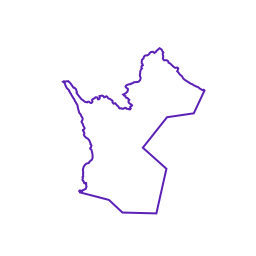 the district of Morobo, Central Equatoria, South Sudan, rotated 133°
{"feature_id": "79223893B16328156709571", "entity_name": "Morobo", "entity_type": "district", "adm_level": 2, "iso_a3": "SSD", "parent_name": "South Sudan", "parent_adm1": "Central Equatoria", "projection": "robinson", "projection_center": [30.83, 3.714], "detail": "fine", "context": "isolated", "style": "outline", "palette": "violet", "viewbox_px": 256, "rotation_deg": 133, "n_neighbors": 0, "source": "geoboundaries", "source_scale": "gbopen_adm2", "svg_char_len": 4709}
<svg xmlns="http://www.w3.org/2000/svg" viewBox="0 0 256 256"><g transform="rotate(133 128 128)"><path d="M48.4,97.6L48.4,98.7L49.5,99.3L49.6,99.9L50.2,102.3L50.2,103.4L50.3,104.8L51.1,106.3L51.5,108.0L52.0,109.2L52.0,110.3L52.9,112.7L53.0,113.9L53.4,115.8L53.9,118.2L54.1,119.8L54.1,121.4L53.4,123.7L53.5,126.0L53.4,127.4L53.0,129.1L53.0,130.7L51.4,131.2L50.1,132.0L50.2,133.2L51.8,134.4L52.0,135.6L52.2,136.7L52.1,138.4L52.1,139.8L52.1,141.5L52.4,142.3L52.6,142.9L51.8,144.1L51.9,145.4L52.5,146.5L53.8,147.6L53.9,148.8L53.3,150.0L52.3,150.5L51.3,151.4L50.8,152.4L50.2,153.1L48.6,153.7L48.5,155.1L47.7,156.9L48.1,159.3L49.4,159.5L50.9,159.5L51.8,159.8L53.4,159.5L55.1,159.9L55.2,161.7L56.8,163.0L58.2,163.3L59.1,163.0L60.3,163.0L61.7,163.4L62.5,164.3L63.7,165.0L65.3,164.9L66.0,164.4L66.6,164.1L68.5,164.3L70.5,163.0L71.4,161.8L71.4,161.0L72.0,159.9L73.3,160.3L74.3,159.8L74.8,159.1L74.9,158.4L76.1,158.4L77.1,158.1L78.3,157.6L79.2,156.8L79.9,156.3L81.3,155.4L82.1,154.3L82.6,153.0L84.2,152.0L85.1,151.8L86.6,151.8L87.5,152.2L88.4,152.8L88.7,153.3L90.7,155.0L91.6,155.0L92.6,155.4L93.1,156.0L94.1,155.9L94.8,156.7L96.2,157.6L97.4,158.1L98.4,158.3L99.5,158.0L99.7,156.6L99.5,155.2L99.6,154.4L100.3,154.0L101.9,153.2L102.9,153.3L104.1,153.4L105.5,153.8L106.8,154.4L106.9,152.9L106.4,151.6L107.1,150.7L107.1,149.9L106.5,149.0L106.5,147.7L106.6,146.2L107.6,146.2L108.1,145.8L108.8,145.2L109.0,144.5L109.0,143.4L108.7,142.2L108.5,141.1L108.8,140.4L109.7,140.4L110.2,140.8L111.1,140.8L111.8,140.1L111.9,139.3L113.0,139.2L113.6,139.8L113.7,140.7L114.4,141.6L114.9,142.1L114.7,143.2L115.2,143.9L116.0,144.2L116.8,144.4L117.5,145.0L118.0,145.4L118.0,146.1L118.5,146.8L119.3,147.3L119.4,148.5L118.9,149.4L118.9,150.3L118.9,151.9L118.7,153.3L118.7,154.4L119.9,154.9L120.1,155.5L119.9,156.8L118.8,157.5L118.7,158.5L118.9,160.0L118.9,160.3L119.4,161.7L119.7,162.6L119.6,163.8L119.3,164.3L119.5,165.4L120.5,165.8L121.4,166.0L121.9,166.5L121.5,167.7L121.8,168.3L122.2,169.4L123.1,169.8L124.1,170.6L124.7,169.7L125.8,168.8L127.0,168.9L127.5,169.6L126.8,170.8L126.7,171.6L127.7,172.7L129.0,172.7L130.1,173.2L130.9,173.5L132.2,173.4L132.7,172.2L133.5,171.8L134.7,171.8L135.3,172.8L135.3,173.7L135.4,174.5L136.3,175.3L137.0,175.3L137.3,175.8L138.1,176.9L138.3,177.8L138.3,179.3L138.6,181.2L138.6,182.7L138.3,184.6L137.9,187.0L137.4,189.6L136.4,190.0L135.9,191.2L135.1,192.5L135.1,193.7L135.1,194.8L135.7,195.2L135.5,196.4L135.1,198.0L134.8,199.2L134.5,200.9L134.5,202.7L134.5,203.7L135.3,204.2L136.0,205.0L136.7,205.4L136.9,205.7L137.6,206.8L138.5,207.0L138.3,205.6L138.4,204.8L138.8,204.1L139.3,203.2L139.7,202.2L140.1,201.4L140.5,200.3L140.6,199.3L140.6,197.8L140.6,196.6L141.2,196.1L141.3,195.3L141.7,194.4L141.9,193.5L141.9,192.8L142.4,192.0L142.6,191.2L142.8,190.3L143.2,189.1L143.5,188.0L143.5,187.4L144.1,186.1L144.6,184.8L144.7,183.9L145.1,183.1L145.3,182.1L145.6,181.1L145.9,180.3L146.3,179.7L147.0,179.1L147.4,178.3L147.7,177.9L148.1,177.3L148.5,176.8L149.0,175.8L149.7,174.8L150.3,173.4L150.3,172.0L150.7,171.2L150.8,170.9L151.1,170.5L151.2,170.0L151.5,168.9L151.7,168.1L151.9,167.8L152.4,167.3L152.8,167.0L153.5,166.7L154.6,166.5L155.2,166.2L155.3,165.7L155.6,164.9L155.8,164.4L155.9,163.7L156.7,162.5L157.1,161.3L157.7,159.6L158.5,159.4L159.4,159.2L160.1,159.6L160.6,159.3L160.8,158.1L161.3,157.0L161.7,156.2L162.1,156.0L163.0,155.7L163.3,155.0L163.6,154.4L163.6,153.9L163.6,153.1L163.7,152.7L163.7,152.0L163.5,151.3L163.3,150.5L163.2,149.8L163.3,148.9L163.4,148.2L163.8,147.1L164.2,146.3L164.5,145.7L164.7,145.2L164.8,144.8L165.4,144.5L165.5,144.0L165.5,143.2L165.9,142.6L166.6,142.4L167.2,142.0L168.1,141.9L168.5,141.9L168.9,141.6L168.9,141.0L168.9,140.0L169.2,139.3L169.9,138.3L170.7,137.1L171.6,135.8L172.5,135.0L173.3,134.1L174.0,133.6L175.1,133.0L176.5,132.8L177.4,133.1L178.2,133.1L178.9,133.2L179.4,133.1L180.1,132.8L180.7,133.0L181.3,133.4L182.0,133.9L182.7,134.2L183.4,134.2L184.4,134.4L184.9,134.2L185.9,134.1L186.6,134.0L187.4,133.5L188.4,133.1L189.4,132.5L189.8,132.0L190.1,131.5L190.5,130.9L191.1,130.6L191.5,130.2L191.7,129.8L192.5,129.4L193.0,128.8L193.4,128.3L193.9,127.8L194.4,127.8L194.9,127.8L195.2,127.4L195.4,126.8L195.9,126.5L196.8,126.1L197.2,125.6L197.3,125.1L197.3,124.6L197.2,124.0L197.6,123.4L198.1,122.9L198.0,122.3L197.2,121.6L196.8,121.1L197.1,120.7L197.6,120.3L198.0,120.3L198.1,119.8L198.3,119.5L198.8,119.1L199.0,118.5L199.4,118.4L199.9,118.0L200.8,117.7L201.6,117.4L202.1,117.8L202.9,118.0L203.6,118.2L204.5,118.8L205.0,118.6L205.6,118.4L205.8,118.9L206.1,120.0L206.6,120.7L207.3,120.7L207.1,119.2L207.7,119.2L208.3,120.0L193.6,92.9L193.6,74.4L171.1,49.0L158.3,56.5L131.6,72.1L132.3,103.7L93.5,106.8L72.4,89.9L48.4,97.6Z" fill="none" stroke="#5b21b6" stroke-width="2"/></g></svg>